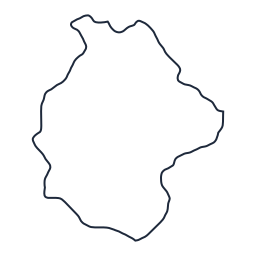 outline of Piedra Blanca, Monseñor Nouel, Dominican Republic
{"feature_id": "3306468B87386677214515", "entity_name": "Piedra Blanca", "entity_type": "district", "adm_level": 2, "iso_a3": "DOM", "parent_name": "Dominican Republic", "parent_adm1": "Monseñor Nouel", "projection": "orthographic", "projection_center": [-70.332, 18.811], "detail": "fine", "context": "isolated", "style": "outline", "palette": "slate", "viewbox_px": 256, "rotation_deg": 0, "n_neighbors": 0, "source": "geoboundaries", "source_scale": "gbopen_adm2", "svg_char_len": 3579}
<svg xmlns="http://www.w3.org/2000/svg" viewBox="0 0 256 256"><path d="M44.9,187.5L44.4,191.2L44.3,193.5L44.5,194.9L44.6,195.6L45.0,196.2L45.4,196.8L46.0,197.2L46.7,197.5L48.1,197.9L50.4,197.9L56.3,197.9L58.7,198.1L60.3,198.5L61.8,199.3L63.1,200.4L65.0,202.1L76.4,213.9L78.1,215.8L79.0,217.1L80.4,219.8L81.1,221.1L82.5,222.6L83.6,223.5L89.4,226.5L90.9,227.0L91.7,227.1L95.0,227.4L103.4,227.4L106.7,227.6L109.1,228.0L113.9,229.6L115.3,230.2L118.8,231.4L122.6,233.4L125.4,234.6L129.1,236.7L131.1,237.7L132.4,238.4L133.6,239.2L135.3,240.6L137.1,240.3L138.3,240.0L139.6,239.4L142.1,238.1L144.8,236.9L146.6,235.7L148.3,234.2L160.3,222.4L162.8,219.6L164.0,217.8L165.2,215.1L166.6,212.6L167.2,211.3L167.7,209.0L168.2,203.6L168.6,202.2L169.3,200.4L169.6,199.2L169.7,198.6L169.6,197.9L169.2,196.7L167.2,192.3L166.4,191.1L163.6,187.7L162.7,186.5L162.0,185.2L161.5,183.6L161.2,181.9L161.1,180.3L161.0,177.7L161.1,176.0L161.4,174.4L161.6,173.6L161.9,172.8L162.7,171.6L163.7,170.6L164.9,169.7L168.2,168.3L172.8,165.5L173.2,165.1L173.8,163.9L174.7,160.6L175.3,159.3L175.7,158.7L176.7,157.7L177.8,156.9L184.3,153.7L185.7,153.3L188.7,152.8L190.2,152.4L191.5,151.8L194.0,150.5L196.8,149.3L199.3,148.0L200.5,147.4L202.0,147.0L205.0,146.5L206.5,146.1L207.8,145.5L210.3,144.2L212.3,143.3L213.6,142.6L214.1,142.2L215.1,141.2L215.9,140.0L216.3,139.3L217.7,135.3L218.3,132.6L219.9,130.6L221.4,128.5L222.2,127.0L222.7,125.3L223.0,121.7L223.1,115.3L223.2,111.5L220.6,111.1L219.2,110.8L218.0,110.3L217.4,109.9L216.5,108.9L214.1,105.0L213.1,103.2L212.3,102.2L211.2,101.3L207.7,99.2L206.5,98.5L203.8,97.2L202.7,96.4L201.7,95.4L200.9,94.3L199.6,91.7L199.2,91.1L198.3,90.0L197.3,89.1L196.0,88.3L194.0,87.4L191.5,86.1L190.2,85.5L188.7,85.1L184.9,84.4L183.6,83.9L179.4,81.6L178.9,81.2L178.4,80.7L178.0,80.1L177.7,78.7L177.6,78.0L177.8,76.6L178.1,75.2L179.4,72.8L179.9,71.6L180.2,70.2L180.0,68.7L179.3,67.3L178.4,66.0L177.4,64.9L169.7,57.4L168.0,55.6L166.4,53.8L165.1,51.9L163.5,48.5L162.6,47.3L159.8,43.9L159.0,42.7L158.3,41.4L157.4,39.3L155.4,35.5L154.2,32.8L153.4,31.4L151.9,29.6L150.3,27.8L148.0,25.5L146.1,24.0L144.8,23.1L140.4,21.1L139.3,20.8L138.6,20.8L138.0,20.9L137.5,21.2L136.5,21.9L135.7,22.8L134.7,24.3L134.3,24.8L133.8,25.1L132.6,25.6L129.9,26.4L128.6,27.0L126.8,28.2L124.0,30.6L122.8,31.4L122.1,31.7L120.6,32.2L119.9,32.3L118.3,32.3L116.8,32.0L115.3,31.4L114.1,30.6L113.0,29.6L111.5,28.0L110.2,26.2L108.6,23.0L107.7,21.6L104.5,22.2L101.2,22.5L98.1,22.5L95.9,22.2L94.6,21.7L94.0,21.3L93.2,20.3L91.8,18.1L90.5,16.7L89.4,15.9L88.8,15.6L88.2,15.4L87.5,15.4L85.6,15.6L83.5,16.2L79.8,18.3L77.0,19.4L72.4,22.0L71.9,22.3L71.5,22.8L71.2,23.5L71.0,24.1L71.0,24.8L71.2,25.5L71.5,26.1L72.3,27.1L72.8,27.6L73.9,28.3L75.8,29.2L77.1,29.8L78.7,31.2L79.5,32.4L81.2,35.6L83.0,38.8L84.1,41.5L85.7,44.6L86.1,46.0L86.2,46.7L86.0,48.2L85.8,48.9L85.1,50.1L83.4,53.0L82.6,54.0L82.1,54.4L79.7,55.8L77.9,57.3L76.1,59.0L74.6,60.9L73.9,62.2L72.7,64.9L71.0,68.0L69.9,70.8L67.8,74.5L66.6,77.3L65.8,78.6L64.7,79.9L63.0,81.6L61.1,83.0L57.0,85.0L51.3,89.3L48.6,90.6L47.4,91.3L46.3,92.3L45.5,93.4L45.1,94.0L44.6,95.4L44.0,98.3L43.6,99.8L41.9,103.6L41.3,106.0L41.2,108.6L41.1,111.1L41.3,125.8L41.2,128.2L41.0,129.8L40.5,131.2L40.1,131.8L39.6,132.2L37.4,133.6L36.2,134.5L35.0,135.5L34.0,136.6L33.2,137.8L32.9,138.4L32.8,139.1L32.8,139.8L33.1,141.0L34.8,144.7L35.6,146.1L37.2,148.1L41.3,152.4L42.9,154.3L43.8,155.7L45.6,159.1L49.0,163.4L49.8,164.7L50.1,165.4L50.3,166.9L50.3,167.7L49.9,169.0L48.3,172.0L47.1,174.7L45.4,177.8L44.9,179.2L44.6,180.8L44.5,183.1L44.6,185.5L44.9,187.5Z" fill="none" stroke="#1e293b" stroke-width="2"/></svg>